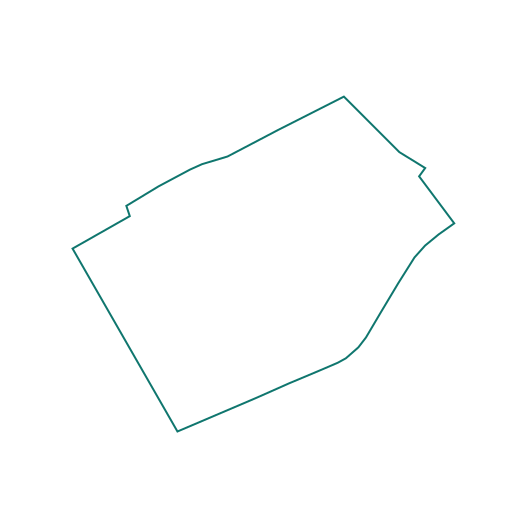 Arafat, Nouakchott, Mauritania, rotated 224°
{"feature_id": "47542326B30050302787661", "entity_name": "Arafat", "entity_type": "district", "adm_level": 2, "iso_a3": "MRT", "parent_name": "Mauritania", "parent_adm1": "Nouakchott", "projection": "mercator", "projection_center": [-15.959, 18.054], "detail": "fine", "context": "isolated", "style": "outline", "palette": "teal", "viewbox_px": 512, "rotation_deg": 224, "n_neighbors": 0, "source": "geoboundaries", "source_scale": "gbopen_adm2", "svg_char_len": 501}
<svg xmlns="http://www.w3.org/2000/svg" viewBox="0 0 512 512"><g transform="rotate(224 256 256)"><path d="M303.5,431.7L327.6,362.2L345.6,307.8L358.6,284.6L363.5,272.3L374.5,238.3L384.1,202.0L377.2,198.4L374.5,197.0L393.1,133.9L190.6,75.2L157.5,153.5L143.7,187.5L130.6,218.0L123.0,236.1L120.3,244.8L118.9,261.4L120.3,273.8L127.2,302.7L134.8,335.4L141.0,365.1L141.6,381.0L139.6,398.4L136.1,417.2L194.0,426.6L195.4,436.8L225.0,430.3L303.5,431.7Z" fill="none" stroke="#0f766e" stroke-width="2"/></g></svg>